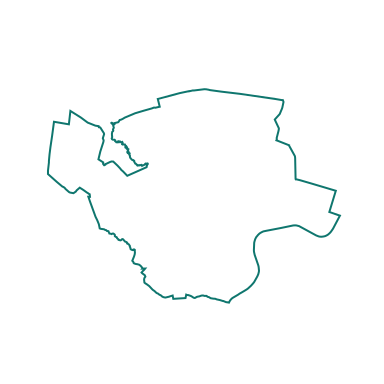 Gradina, Constanta, Romania, rotated 12°
{"feature_id": "2599482B78123686212908", "entity_name": "Gradina", "entity_type": "district", "adm_level": 2, "iso_a3": "ROU", "parent_name": "Romania", "parent_adm1": "Constanta", "projection": "mercator", "projection_center": [28.433, 44.528], "detail": "fine", "context": "isolated", "style": "outline", "palette": "teal", "viewbox_px": 384, "rotation_deg": 12, "n_neighbors": 0, "source": "geoboundaries", "source_scale": "gbopen_adm2", "svg_char_len": 5931}
<svg xmlns="http://www.w3.org/2000/svg" viewBox="0 0 384 384"><g transform="rotate(12 192 192)"><path d="M168.9,93.7L168.3,93.9L159.5,97.8L139.2,108.1L142.7,115.3L138.6,117.2L137.3,117.3L135.3,118.6L127.9,122.5L120.0,126.8L110.8,133.2L108.9,135.0L107.4,136.1L106.3,136.6L105.7,138.4L105.3,139.1L102.1,140.6L102.2,141.6L101.9,142.0L101.1,141.8L100.7,141.3L99.7,141.1L99.4,141.2L99.1,141.0L98.8,141.3L99.3,141.7L100.4,142.2L100.6,142.6L101.1,143.1L101.3,143.8L102.1,145.2L102.1,145.7L101.8,146.6L101.7,147.3L102.2,148.2L102.2,148.7L101.5,149.7L101.5,151.4L101.9,153.1L102.1,153.5L102.1,153.9L102.5,154.7L102.5,155.5L102.3,156.2L102.5,156.5L102.8,157.0L103.7,157.3L105.4,157.0L106.3,157.6L106.3,158.3L107.1,158.6L107.6,159.1L107.8,159.1L108.0,159.0L108.5,158.7L108.9,158.9L109.2,158.8L109.2,158.5L108.9,158.2L109.1,157.8L109.5,157.6L109.8,157.7L110.0,157.9L110.2,158.5L110.3,158.5L110.5,158.2L111.0,157.5L111.3,157.6L111.6,157.9L112.2,158.2L112.4,158.2L113.3,157.5L113.6,157.8L114.0,158.4L114.0,159.0L113.9,159.2L113.7,159.5L113.7,159.8L114.0,159.9L114.4,160.0L114.5,159.9L114.5,159.6L114.8,159.7L115.4,159.7L116.5,159.5L117.1,160.4L117.9,160.6L118.1,160.8L118.4,161.1L118.4,161.4L118.1,161.7L117.4,161.7L117.4,161.9L117.7,162.4L118.1,162.5L118.4,162.4L118.7,162.2L118.8,162.0L119.1,161.8L119.3,161.9L119.4,162.2L119.4,162.7L119.1,163.1L119.2,163.3L120.1,163.6L120.6,163.3L120.8,163.3L120.9,163.8L120.6,164.3L120.5,164.6L120.6,164.8L121.6,165.8L121.7,166.1L121.6,166.3L121.3,166.4L120.6,166.3L120.4,166.4L120.5,166.7L121.1,167.3L121.6,167.4L122.6,167.0L122.8,167.0L123.0,167.2L123.1,167.5L123.0,167.8L122.8,168.3L122.8,168.5L123.5,169.1L123.8,169.5L123.9,170.3L124.4,171.3L124.8,171.6L125.5,172.2L126.9,173.1L127.5,173.2L127.9,173.0L128.2,173.1L128.4,173.4L128.9,173.5L129.1,173.7L129.0,174.1L129.2,174.4L130.6,176.0L131.2,176.0L131.9,176.6L132.8,176.8L132.9,177.1L132.9,177.3L133.1,177.4L133.2,177.5L133.5,177.4L133.7,177.0L134.2,177.1L134.6,176.8L135.1,176.9L135.6,176.4L136.1,176.5L136.4,176.4L137.0,176.0L137.7,176.8L138.2,176.2L138.4,176.1L138.7,176.1L140.4,174.8L140.4,174.5L140.3,174.4L140.4,174.1L140.9,173.7L141.2,173.7L141.9,173.9L142.0,173.6L142.6,173.3L142.8,173.4L142.9,173.6L142.9,174.0L142.7,174.4L142.4,175.3L142.4,177.2L125.3,189.6L120.1,186.1L118.4,185.2L116.7,183.8L113.7,181.7L109.3,179.0L108.6,178.6L106.9,178.9L105.7,179.6L102.2,182.3L101.5,182.7L101.6,183.2L100.8,184.0L100.5,184.1L99.2,183.0L99.0,182.1L99.0,181.5L93.7,179.5L93.7,179.1L93.9,171.5L94.9,161.6L94.9,160.8L94.8,159.8L93.6,158.0L93.6,157.8L94.0,153.7L93.8,153.2L93.5,152.7L89.0,148.1L88.6,147.9L87.4,148.0L87.0,147.0L83.7,147.2L75.5,145.8L67.9,142.3L56.2,138.0L57.5,151.4L42.4,152.0L43.5,166.3L44.2,177.5L44.8,184.6L45.6,191.5L45.9,192.8L46.7,201.1L47.4,204.4L57.6,210.2L64.2,213.7L65.2,213.8L66.7,214.5L67.6,215.3L69.9,216.6L71.9,217.7L72.9,217.9L76.3,217.8L78.3,215.7L78.8,214.4L81.3,211.1L85.3,212.6L89.6,214.5L90.1,214.6L91.9,215.4L92.4,215.5L93.2,217.9L91.6,218.2L94.2,222.5L102.8,236.3L105.1,239.2L107.6,242.9L109.3,246.8L110.7,247.0L112.9,246.8L114.0,246.8L115.0,247.2L116.1,247.2L116.9,247.8L118.4,247.7L119.8,249.8L121.3,249.7L122.1,249.9L122.9,249.2L123.6,249.0L124.2,249.2L125.0,249.6L125.5,250.1L125.7,251.2L126.6,251.7L127.6,251.8L128.1,252.3L128.2,252.6L128.8,253.1L129.5,253.4L130.3,253.9L130.3,254.1L130.8,254.1L131.7,254.2L132.3,254.1L132.8,253.6L133.3,252.9L133.5,252.6L133.9,252.5L134.4,252.6L136.4,254.1L136.8,254.4L138.3,254.6L138.6,254.7L138.8,255.0L138.9,255.4L139.3,255.8L139.6,255.6L139.8,255.8L139.9,256.0L141.0,256.3L142.4,257.6L142.5,258.4L142.9,258.7L143.9,260.7L144.8,261.0L145.9,261.2L146.5,261.0L146.7,260.4L147.2,260.2L147.5,260.2L148.1,260.5L148.5,262.4L148.8,263.2L148.9,265.1L148.7,267.2L147.9,271.7L149.0,272.5L149.5,273.1L149.6,273.5L149.8,273.7L150.3,273.9L152.1,274.1L153.5,274.0L155.4,274.1L156.5,274.6L157.4,275.1L158.2,275.8L158.7,276.1L159.2,276.5L159.4,276.8L159.4,277.1L159.3,277.3L162.1,276.6L161.4,278.0L160.3,279.6L159.4,281.3L160.3,281.9L163.1,283.2L164.0,284.5L163.4,285.8L163.3,286.5L163.3,287.2L163.4,287.8L164.3,290.5L165.6,291.2L166.4,291.4L169.7,292.9L173.4,295.5L174.3,296.0L175.8,296.6L177.9,297.9L178.5,298.2L179.8,298.4L181.6,299.3L182.5,299.4L183.5,299.8L184.6,300.5L185.9,300.8L187.7,300.8L188.1,300.7L191.3,299.2L192.4,298.5L194.6,297.3L195.9,300.4L207.7,297.1L207.7,293.6L208.5,293.8L209.8,293.6L211.5,293.8L213.2,294.1L214.5,294.7L215.9,295.1L216.6,295.1L217.4,294.7L218.3,293.7L218.8,293.5L219.7,293.0L220.6,292.7L222.7,291.4L224.3,290.9L225.2,291.0L226.1,291.0L227.6,290.6L227.9,290.6L228.3,290.9L228.8,291.2L229.3,291.3L230.3,291.3L232.4,292.0L234.9,291.9L237.0,291.6L238.5,291.9L241.7,291.9L244.8,292.2L245.2,292.1L248.5,292.7L249.1,292.5L250.4,292.6L250.7,292.3L251.2,292.4L251.5,291.1L252.0,289.8L252.9,288.2L253.7,287.2L258.4,282.9L259.8,281.4L261.3,280.1L263.8,277.8L265.8,275.9L266.8,274.8L269.2,271.4L270.7,268.8L271.5,267.2L273.4,261.1L273.7,259.7L273.9,258.7L274.0,256.3L273.9,255.1L273.1,252.5L272.7,251.3L272.1,250.0L266.4,240.5L265.3,238.1L264.9,237.1L264.6,235.9L263.8,231.1L263.4,228.8L263.4,227.6L263.6,225.1L263.9,223.9L264.2,222.8L264.7,221.9L265.5,220.3L266.5,218.8L267.4,217.8L268.8,216.6L270.0,215.7L273.2,214.3L286.5,208.7L297.9,203.7L299.7,203.2L301.1,203.0L303.8,203.1L322.6,208.7L325.2,209.1L326.2,209.1L327.8,208.9L329.6,208.3L331.2,207.6L332.6,206.6L333.9,205.4L335.1,203.8L336.0,202.3L336.8,200.5L337.6,198.5L341.6,184.4L330.5,183.0L332.4,160.9L307.4,158.9L295.2,158.0L291.7,157.9L290.9,158.1L290.6,157.7L285.8,137.2L285.3,135.8L285.0,135.3L277.2,126.3L277.2,126.1L264.7,124.0L263.8,123.9L264.0,122.9L264.0,122.6L263.6,121.7L263.9,114.8L263.9,113.1L263.7,111.6L258.6,104.9L257.9,103.9L261.6,97.5L262.7,91.6L262.8,90.7L262.8,85.2L262.7,84.7L262.4,84.2L261.7,83.2L261.3,83.4L254.1,83.7L218.7,86.0L200.3,87.7L188.3,88.6L187.1,88.5L184.4,88.6L182.7,88.9L172.5,92.4L171.9,92.4L168.9,93.8L168.9,93.7Z" fill="none" stroke="#0f766e" stroke-width="2"/></g></svg>